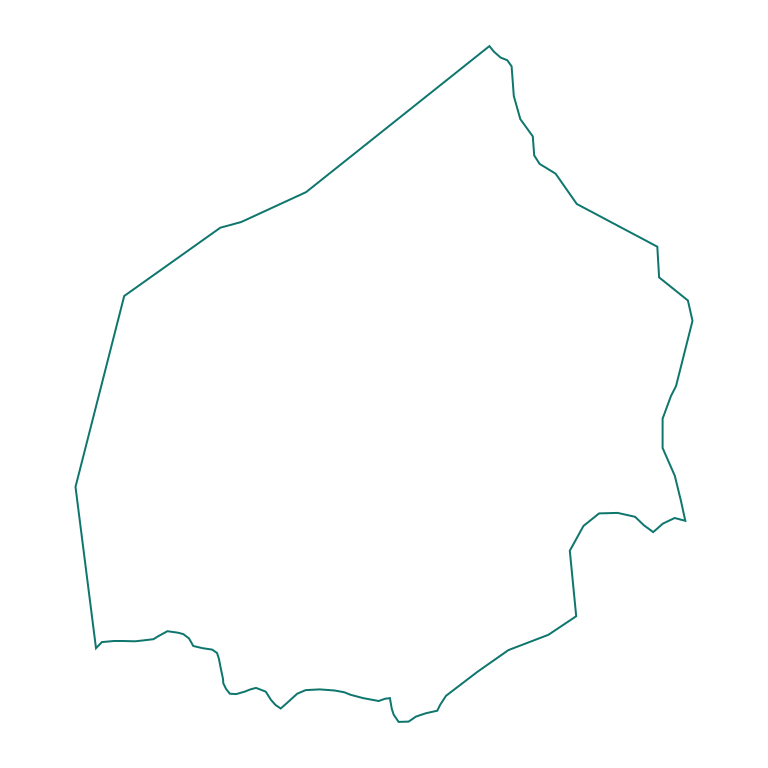 the district of Boali, Ombella-M'Poko, Central African Republic
{"feature_id": "33826404B11454155454969", "entity_name": "Boali", "entity_type": "district", "adm_level": 2, "iso_a3": "CAF", "parent_name": "Central African Republic", "parent_adm1": "Ombella-M'Poko", "projection": "natural_earth1", "projection_center": [18.06, 4.808], "detail": "fine", "context": "isolated", "style": "outline", "palette": "teal", "viewbox_px": 768, "rotation_deg": 0, "n_neighbors": 0, "source": "geoboundaries", "source_scale": "gbopen_adm2", "svg_char_len": 1223}
<svg xmlns="http://www.w3.org/2000/svg" viewBox="0 0 768 768"><path d="M555.6,173.7L539.6,163.9L534.2,155.4L532.8,136.4L520.3,119.1L513.8,96.0L511.6,66.3L507.2,60.2L500.7,57.6L494.1,51.9L489.4,46.1L306.1,192.1L241.2,222.0L220.3,227.7L124.2,296.0L75.5,486.9L96.0,648.2L101.9,642.1L113.8,641.0L122.8,641.0L135.3,641.3L141.5,640.6L153.4,639.2L158.1,636.3L167.4,631.2L178.0,632.7L183.3,634.1L189.0,638.4L193.3,646.0L202.7,648.2L212.1,649.6L217.0,652.9L218.9,658.7L220.5,667.0L223.0,678.9L223.3,683.3L226.1,689.0L229.8,693.7L236.1,694.1L244.8,691.6L250.4,689.4L256.0,687.9L265.7,691.6L271.0,699.9L275.4,704.9L280.7,708.5L287.2,702.8L297.2,693.7L305.7,690.1L319.7,689.4L334.7,690.5L344.4,692.3L350.6,694.8L363.1,698.1L378.7,701.0L384.9,698.8L389.9,698.1L391.8,708.9L393.7,714.7L398.6,721.9L408.6,721.6L416.1,716.5L426.1,713.2L437.3,710.7L440.1,704.9L446.0,695.8L477.7,671.6L508.4,650.1L548.4,634.8L576.2,616.2L569.8,550.7L583.5,525.9L599.1,513.4L617.6,512.9L635.1,516.8L643.9,525.3L653.2,532.1L662.9,523.6L674.6,518.0L685.3,520.8L681.0,501.1L674.8,475.8L662.6,448.0L662.6,418.7L671.0,395.9L676.0,386.2L692.5,320.8L687.9,300.5L659.1,277.4L657.3,246.7L576.8,204.0L555.6,173.7Z" fill="none" stroke="#0f766e" stroke-width="2"/></svg>